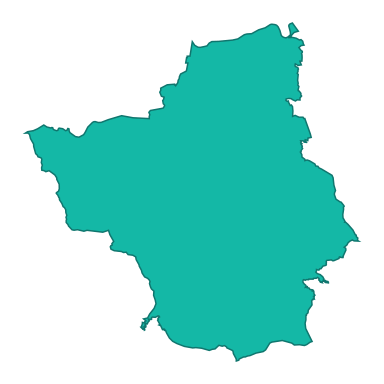 Sapanta, Maramures, Romania
{"feature_id": "2599482B85746794892801", "entity_name": "Sapanta", "entity_type": "district", "adm_level": 2, "iso_a3": "ROU", "parent_name": "Romania", "parent_adm1": "Maramures", "projection": "natural_earth1", "projection_center": [23.668, 47.916], "detail": "fine", "context": "isolated", "style": "filled", "palette": "teal", "viewbox_px": 384, "rotation_deg": 0, "n_neighbors": 0, "source": "geoboundaries", "source_scale": "gbopen_adm2", "svg_char_len": 5946}
<svg xmlns="http://www.w3.org/2000/svg" viewBox="0 0 384 384"><path d="M312.1,341.5L305.7,328.5L305.1,323.2L305.9,319.9L305.9,315.7L306.4,315.4L306.3,314.5L308.0,312.8L308.3,310.2L312.0,304.9L311.7,300.7L312.4,299.7L313.1,299.6L313.3,298.7L314.3,299.0L314.0,298.0L314.2,296.6L313.7,296.3L314.9,295.2L314.0,293.9L313.8,291.5L312.5,291.0L313.3,290.5L312.8,289.9L309.9,289.4L309.0,288.0L307.2,287.7L307.3,286.7L305.5,287.2L306.1,286.1L305.9,285.4L304.0,283.7L303.0,282.3L302.9,281.1L303.3,279.9L303.9,279.6L305.2,280.3L306.4,279.6L308.6,279.7L308.8,279.1L313.2,279.1L313.4,278.4L316.5,278.2L317.6,277.4L319.1,278.6L318.8,280.0L319.3,280.3L320.4,282.2L322.0,282.6L321.4,281.8L322.3,282.1L322.9,281.1L324.0,281.3L325.5,282.5L328.4,282.9L328.4,282.2L327.9,281.5L326.3,281.2L324.8,280.2L323.5,280.3L323.4,279.9L323.9,278.9L322.7,276.7L320.2,274.6L317.3,273.6L315.8,272.1L316.6,270.6L316.5,269.5L318.9,270.1L319.7,268.8L320.9,268.8L323.0,266.1L326.0,265.3L326.4,264.1L326.1,263.3L326.4,262.7L326.2,261.2L326.8,260.4L331.4,259.9L332.5,260.7L333.8,260.7L339.0,258.5L339.2,257.2L340.0,256.8L340.6,257.4L342.9,257.6L343.2,257.0L342.9,256.7L345.9,250.1L345.7,248.3L344.2,247.2L346.9,245.0L348.1,242.7L350.0,241.1L352.3,240.0L354.1,240.9L358.6,241.1L357.5,240.4L357.8,238.0L356.4,236.8L356.2,235.1L355.3,234.7L352.9,230.0L348.1,224.5L345.5,222.1L344.8,222.1L345.1,221.6L343.0,217.8L342.8,214.6L343.6,209.1L343.4,207.1L344.1,206.5L344.0,205.8L341.2,202.2L340.1,201.9L336.0,199.2L334.4,194.7L334.5,193.0L335.5,190.5L333.9,185.1L333.1,177.8L332.0,175.3L321.6,169.1L319.0,167.9L317.9,166.3L315.7,166.0L314.9,164.0L309.5,160.8L307.1,160.0L304.9,160.6L304.9,159.3L302.0,157.1L301.8,154.5L300.4,152.1L301.1,151.8L301.2,150.4L302.6,148.5L301.9,147.3L302.3,146.2L301.1,144.1L301.9,143.7L300.7,142.7L301.2,141.8L300.7,140.8L302.7,140.8L304.3,141.5L304.2,142.1L307.2,142.5L304.8,141.0L305.2,139.7L307.8,140.5L308.0,138.1L311.2,137.4L310.3,133.9L304.8,118.5L303.8,118.5L303.0,117.2L299.0,117.2L295.1,115.4L292.6,116.4L292.9,111.0L292.5,106.6L291.4,105.0L290.3,105.5L288.6,102.4L288.3,101.0L287.1,101.3L285.9,100.4L286.2,98.9L288.9,98.4L291.4,98.7L292.2,99.5L295.4,101.0L297.2,99.8L300.0,100.0L300.0,97.9L301.6,96.0L300.8,94.8L300.9,93.3L299.2,91.1L298.2,90.6L298.1,89.9L298.9,86.4L297.8,85.0L298.2,83.3L297.6,80.4L298.2,74.4L297.2,73.4L298.0,71.4L298.0,69.6L298.4,69.1L297.8,67.5L295.3,66.5L295.0,65.2L295.3,63.9L298.0,65.4L301.3,64.9L299.9,61.2L301.9,61.1L302.1,57.6L302.0,54.8L301.5,53.4L302.3,52.4L302.3,51.3L301.1,50.5L298.9,47.6L301.1,45.6L304.0,45.1L303.4,44.0L302.7,41.2L301.0,39.6L299.5,40.0L296.1,38.2L292.3,37.4L288.2,37.7L291.4,35.9L291.7,35.0L294.2,32.4L298.3,31.2L292.4,23.0L290.0,23.9L288.9,25.1L288.8,26.1L290.3,31.9L290.5,34.7L288.1,36.9L285.9,37.9L283.5,37.3L281.8,36.1L281.2,35.2L279.9,30.5L278.1,26.8L276.6,25.2L274.9,24.6L271.8,24.2L270.4,24.5L265.2,27.8L258.7,29.8L251.6,33.7L246.9,34.0L244.3,34.7L237.9,38.9L232.5,40.1L218.7,41.4L211.8,41.6L209.2,43.1L207.0,45.9L204.1,46.6L200.1,47.4L197.9,47.2L194.7,45.3L192.3,41.7L190.0,56.1L187.2,56.2L187.3,57.6L186.6,57.6L185.7,63.0L187.9,63.0L186.5,70.4L186.1,71.2L180.6,74.0L179.4,76.7L179.2,78.6L178.2,80.2L177.8,82.7L175.8,85.6L175.6,85.0L175.1,85.3L174.4,84.8L174.5,84.2L167.2,84.8L160.7,88.2L160.8,90.2L159.8,92.2L161.4,96.2L164.1,97.2L163.5,99.6L162.7,100.5L163.3,103.8L164.2,104.6L164.6,105.7L163.4,107.9L162.4,108.3L150.4,110.5L148.9,112.3L149.8,114.7L149.2,116.6L149.3,118.6L133.2,117.8L121.6,115.7L108.2,119.7L101.2,122.4L98.2,122.5L95.2,121.6L93.9,121.7L92.5,122.4L87.8,127.1L85.0,132.6L83.6,134.7L79.0,137.2L75.4,136.6L69.9,132.6L69.1,130.8L69.0,128.9L68.4,128.6L67.8,128.5L66.9,130.3L65.6,130.7L62.7,128.7L59.1,128.1L58.4,128.8L57.8,130.4L56.5,130.7L54.0,129.8L53.1,129.0L52.7,127.7L51.8,127.5L51.0,128.0L46.9,127.0L43.8,125.0L37.6,128.8L33.3,130.7L27.6,131.7L25.4,133.1L27.8,133.0L29.5,134.4L30.5,138.6L33.6,144.1L33.7,146.5L35.7,153.7L37.3,155.2L38.0,156.8L40.9,157.8L41.5,158.5L41.8,159.4L41.3,162.6L42.3,165.1L41.6,167.7L41.8,170.2L44.2,170.7L45.8,171.7L49.1,170.7L54.8,174.9L56.7,177.8L56.8,179.4L59.2,184.2L59.3,188.8L58.5,191.2L56.4,192.7L56.3,193.4L57.8,195.1L58.9,197.6L59.4,198.0L59.5,199.8L61.9,203.5L63.1,206.6L64.5,207.6L65.7,209.7L65.9,212.7L66.8,215.3L66.0,217.3L66.6,219.2L66.2,220.5L66.2,222.5L68.0,224.6L68.5,226.0L72.0,229.8L74.1,230.2L77.5,229.7L83.9,231.2L87.0,230.3L102.8,232.2L108.5,230.3L109.9,234.7L113.7,241.4L111.9,243.6L112.2,245.0L110.9,245.7L110.3,246.8L111.0,249.2L114.2,250.7L121.4,251.5L123.5,252.5L126.2,252.2L128.1,254.6L132.8,255.2L135.7,256.9L136.2,259.7L139.0,264.7L139.3,266.3L141.4,270.2L142.1,273.0L144.6,276.9L147.6,278.3L149.2,279.9L150.0,281.5L149.5,283.6L150.5,286.9L151.4,288.9L153.9,291.1L153.6,295.3L155.2,299.9L156.0,303.7L154.1,308.4L149.6,314.1L147.6,318.0L143.6,318.9L146.0,320.9L144.7,321.8L145.0,322.6L144.7,323.1L142.4,322.4L142.3,324.0L141.6,326.0L141.8,326.7L140.8,327.1L141.7,328.1L142.2,328.2L142.7,329.2L143.1,329.2L142.7,328.5L143.8,328.5L144.3,330.2L144.8,329.9L144.0,326.8L144.6,326.7L145.2,327.3L145.9,326.9L145.8,325.3L145.0,325.5L144.8,325.1L146.2,323.7L147.3,323.9L148.0,322.2L149.3,320.8L148.5,319.6L148.6,319.2L151.1,319.5L151.7,319.0L151.4,318.2L151.7,317.5L152.4,317.1L155.4,317.3L157.9,315.9L158.9,316.0L159.5,316.9L158.6,317.4L157.9,318.8L158.2,319.4L157.6,320.2L159.9,324.5L159.0,325.0L160.7,325.7L162.5,329.6L163.9,329.0L164.1,329.7L164.7,329.7L164.5,330.4L165.7,330.7L166.4,332.7L169.4,338.0L172.7,341.3L176.8,343.5L184.4,346.4L192.7,347.9L195.8,347.6L201.5,348.2L209.3,350.4L212.3,349.3L215.1,348.9L218.9,345.3L222.2,346.2L224.5,345.6L226.5,346.9L226.9,347.9L231.9,350.2L233.0,351.1L233.4,353.6L236.2,358.9L236.3,361.0L238.8,360.2L239.0,359.3L239.6,358.8L243.7,356.9L245.1,357.0L247.6,356.0L250.0,355.6L256.0,353.1L263.2,351.6L265.6,349.9L269.8,343.1L271.9,342.1L282.3,340.5L291.8,343.1L294.3,345.0L299.5,344.7L304.4,345.5L306.7,344.6L310.1,342.2L312.1,341.5Z" fill="#14b8a6" stroke="#0f766e" stroke-width="1.5"/></svg>